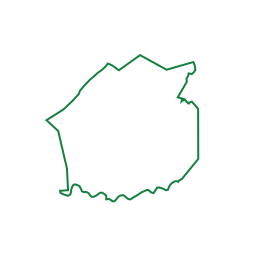 the district of San Juan Yatzona, Oaxaca, Mexico, rotated 296°
{"feature_id": "50627088B31715141251473", "entity_name": "San Juan Yatzona", "entity_type": "district", "adm_level": 2, "iso_a3": "MEX", "parent_name": "Mexico", "parent_adm1": "Oaxaca", "projection": "natural_earth1", "projection_center": [-96.189, 17.411], "detail": "fine", "context": "isolated", "style": "outline", "palette": "green", "viewbox_px": 256, "rotation_deg": 296, "n_neighbors": 0, "source": "geoboundaries", "source_scale": "gbopen_adm2", "svg_char_len": 1606}
<svg xmlns="http://www.w3.org/2000/svg" viewBox="0 0 256 256"><g transform="rotate(296 128 128)"><path d="M177.0,81.6L173.6,80.9L169.2,79.3L164.2,76.6L158.4,74.3L154.4,72.5L146.5,70.0L140.4,68.5L136.8,68.8L128.5,66.4L116.5,61.9L99.3,51.3L94.7,66.6L64.8,90.9L45.8,101.4L41.8,94.5L40.1,95.7L40.1,98.3L40.2,100.7L40.8,103.7L42.0,104.8L43.1,105.1L44.2,105.2L45.6,104.7L46.7,104.4L47.5,104.1L48.3,103.9L50.7,103.6L53.0,103.9L54.2,105.3L54.5,107.4L54.5,109.9L52.4,112.7L50.9,114.3L51.1,116.5L52.2,118.4L52.2,121.0L50.8,123.6L50.2,125.4L51.3,127.5L53.4,129.1L55.8,130.4L57.7,131.5L58.6,133.4L58.2,135.6L57.7,138.1L55.9,139.0L54.4,139.6L54.8,140.6L56.0,142.1L55.7,144.1L55.3,146.2L56.4,148.0L58.7,148.7L60.7,149.1L62.4,149.7L64.3,151.1L64.4,151.3L64.5,151.6L65.5,153.2L65.4,154.8L64.8,156.9L64.2,159.4L64.9,161.5L68.6,163.6L70.4,165.0L72.7,166.4L76.4,168.5L78.2,170.2L80.2,171.8L81.2,173.3L80.3,176.6L80.6,179.4L82.1,179.7L84.9,180.1L87.0,180.3L87.9,181.2L88.7,184.5L88.8,189.6L90.0,190.9L93.5,190.7L95.7,190.9L98.3,191.9L99.9,193.0L100.7,193.6L101.1,194.4L101.6,195.3L101.6,196.7L103.1,196.9L105.9,198.8L131.0,204.7L176.0,182.6L179.7,173.8L177.8,172.0L176.7,172.0L176.5,171.4L177.0,170.7L177.1,169.0L178.0,168.1L178.2,167.4L178.1,166.6L177.4,165.9L176.7,165.2L176.2,164.7L175.6,164.5L177.2,164.0L178.4,164.9L177.4,159.3L195.3,160.6L197.9,159.0L201.2,159.2L203.7,158.6L204.5,161.7L207.0,162.7L208.6,162.8L209.8,163.1L210.2,162.8L212.9,161.0L214.4,159.6L215.9,157.8L197.3,137.1L198.8,106.9L175.9,94.5L177.3,86.5L177.2,84.7L177.3,83.8L177.2,82.7L177.0,81.6Z" fill="none" stroke="#15803d" stroke-width="2"/></g></svg>